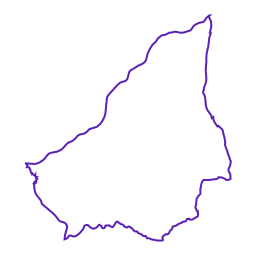 Lunda Sul, Equal Earth projection
{"feature_id": "AGO-1875", "entity_name": "Lunda Sul", "entity_type": "Province", "adm_level": 1, "iso_a3": "AGO", "parent_name": "Angola", "parent_adm1": "", "projection": "equal_earth", "projection_center": [20.634, -9.903], "detail": "fine", "context": "isolated", "style": "outline", "palette": "violet", "viewbox_px": 256, "rotation_deg": 0, "n_neighbors": 0, "source": "natural_earth", "source_scale": "10m", "svg_char_len": 5849}
<svg xmlns="http://www.w3.org/2000/svg" viewBox="0 0 256 256"><path d="M209.6,15.4L209.2,15.7L208.9,16.6L209.6,18.4L210.9,21.2L211.3,24.3L211.1,27.4L209.8,32.9L210.1,33.1L210.4,33.4L210.8,33.4L209.9,35.7L209.3,37.9L208.1,47.7L207.7,48.2L207.3,50.6L206.8,52.3L206.3,58.0L206.4,61.7L205.7,70.0L206.3,77.2L206.3,80.1L205.7,83.1L204.1,87.6L203.7,90.1L203.2,91.6L203.1,92.5L203.3,93.3L204.2,94.7L204.6,95.5L205.2,98.4L205.8,104.7L206.4,107.7L207.7,110.5L211.1,115.2L211.8,118.0L212.2,117.7L213.0,117.3L213.3,117.1L213.4,119.4L214.1,121.4L217.1,126.1L217.6,126.5L218.0,126.4L218.4,125.9L219.0,126.3L219.9,127.3L221.9,129.0L222.6,130.2L223.0,131.7L223.5,134.3L224.6,138.2L225.0,141.2L225.3,142.1L224.9,144.4L225.9,147.7L227.2,150.9L228.1,154.3L229.4,157.2L229.8,159.4L230.6,160.6L230.8,161.5L230.7,162.3L230.4,163.7L230.4,164.4L230.1,165.5L228.9,168.1L228.5,169.6L228.6,171.1L229.2,172.1L229.8,173.0L230.3,174.5L230.5,177.5L230.5,178.9L228.5,179.9L226.9,180.0L226.4,179.9L226.0,179.7L225.7,179.6L224.9,178.8L224.2,178.4L221.4,177.4L220.9,177.3L219.8,177.5L219.4,177.4L219.0,177.2L218.6,177.2L218.4,177.4L218.1,177.9L217.7,178.4L217.5,178.7L216.6,179.0L207.9,180.1L204.6,179.9L203.7,180.0L203.1,180.2L202.8,180.7L202.5,181.3L201.5,183.5L200.9,185.7L200.7,187.9L200.4,188.9L200.3,189.3L200.3,190.2L200.5,192.9L200.5,193.4L200.3,193.9L199.9,194.4L198.4,196.0L197.8,196.8L196.7,198.7L196.6,199.0L196.5,199.4L196.5,200.3L196.5,200.7L196.2,202.2L196.2,204.5L196.1,205.0L196.0,205.3L195.6,205.8L195.4,206.4L195.4,206.6L195.4,207.0L195.6,208.1L195.9,208.7L196.3,209.2L196.5,209.5L196.5,209.9L196.6,210.2L196.7,210.6L196.9,210.8L197.1,211.0L197.7,211.0L197.9,211.1L197.9,211.4L197.8,212.0L197.7,212.4L197.8,212.9L197.9,213.5L198.1,213.8L197.8,216.2L197.3,216.7L197.0,216.8L195.6,217.5L194.9,218.0L192.4,219.5L191.9,219.7L190.5,219.7L189.7,219.5L189.5,219.3L189.2,218.8L188.9,218.6L188.4,219.0L188.1,219.0L187.3,218.9L187.0,219.0L186.8,219.3L186.6,220.0L186.1,220.8L185.9,221.2L182.4,222.0L181.6,222.8L181.2,223.0L179.0,223.7L176.3,225.5L175.0,226.0L173.4,226.3L172.8,226.6L172.5,226.8L172.4,227.0L172.6,227.4L172.6,227.5L171.8,229.2L171.3,229.7L171.0,230.0L170.4,230.4L170.1,230.7L169.9,231.0L169.8,231.3L169.3,232.3L169.1,232.9L168.9,233.2L168.6,233.5L168.1,233.9L167.9,234.1L167.6,234.2L167.3,234.3L166.1,234.2L165.7,234.2L165.1,234.8L164.1,235.4L162.6,236.6L162.5,237.1L162.4,237.5L162.5,237.9L162.9,239.1L162.9,239.7L162.9,240.0L162.7,240.4L160.3,240.6L155.8,240.3L154.9,240.1L154.4,239.8L153.9,239.7L153.1,239.7L152.4,239.6L151.5,239.4L149.4,238.4L148.7,238.2L147.8,238.3L147.4,238.4L146.7,237.9L146.5,237.2L145.9,236.2L145.5,236.0L145.1,236.0L143.9,236.2L143.4,236.0L143.1,235.8L141.5,234.4L141.2,234.2L138.7,233.3L138.2,233.0L137.9,232.8L137.7,232.6L137.5,231.8L137.3,231.6L137.0,231.4L136.7,231.4L136.1,231.5L135.6,231.5L134.3,231.0L134.1,230.8L133.7,230.4L133.3,230.0L133.1,229.8L132.6,229.0L132.4,228.6L132.2,228.5L131.2,227.9L130.6,227.3L130.0,227.0L129.3,226.5L129.0,226.4L128.6,226.5L128.0,226.8L127.4,227.4L127.1,227.5L126.8,227.5L125.8,227.0L125.5,226.9L124.6,226.7L124.4,226.6L124.2,226.3L123.7,225.4L123.5,225.2L123.2,224.9L121.6,224.2L120.7,224.0L120.2,223.7L119.5,223.0L119.3,222.9L118.4,222.5L118.1,222.3L118.0,222.1L117.8,221.8L117.5,221.6L117.1,221.6L116.3,222.1L115.9,222.5L115.7,222.8L115.5,223.1L115.2,223.6L114.7,224.5L114.1,225.2L113.5,226.3L112.7,227.1L111.3,226.8L111.0,226.6L110.5,226.3L109.9,226.0L109.4,225.5L109.1,225.3L108.6,225.3L107.6,225.6L106.0,225.4L105.7,225.5L105.4,225.8L105.2,226.2L105.1,226.5L104.9,227.2L104.7,227.6L104.3,228.0L104.0,228.2L103.7,228.3L103.2,228.2L102.4,228.0L102.1,227.7L101.8,227.3L101.5,226.3L101.3,225.9L100.7,225.5L100.1,225.4L99.5,225.0L99.3,224.8L99.0,224.8L98.5,225.2L96.9,227.2L96.6,227.5L96.3,227.7L94.3,228.5L93.4,228.7L93.0,228.7L92.5,228.6L89.9,227.0L87.7,225.0L86.9,224.9L84.7,225.5L84.1,226.6L83.8,227.3L83.8,227.7L83.7,227.9L83.6,228.1L83.2,229.1L81.5,231.0L81.0,231.7L79.8,233.0L79.2,233.7L78.8,234.0L75.8,236.1L75.4,236.2L74.9,236.3L72.5,236.3L72.2,236.2L71.5,235.7L71.2,235.6L70.8,235.5L70.1,235.5L69.5,235.6L69.3,235.7L69.0,236.0L68.2,236.9L67.9,237.5L67.2,238.2L64.6,239.3L64.7,237.5L65.1,234.7L65.6,233.0L66.0,231.2L67.1,227.7L67.0,226.0L66.3,224.4L65.2,223.1L63.5,222.3L60.6,221.5L59.3,220.8L58.2,219.4L55.6,216.0L53.1,213.4L41.9,203.9L41.4,202.0L40.8,200.5L39.9,199.2L37.0,195.7L36.1,194.3L35.3,192.6L34.8,190.6L34.4,188.8L34.2,184.8L34.1,184.4L33.8,184.2L33.6,183.9L33.7,183.3L34.0,182.8L34.3,183.0L34.6,183.3L35.0,183.3L35.9,182.7L36.0,182.2L35.3,181.3L35.6,181.2L36.1,181.0L36.4,180.9L36.2,180.2L36.3,179.6L36.6,179.2L37.1,178.9L36.8,178.7L36.0,177.9L36.3,177.7L36.5,177.2L36.8,176.9L36.0,176.8L35.5,176.2L35.3,175.5L35.3,174.5L34.6,175.5L33.4,174.7L32.8,174.2L32.4,173.5L32.0,174.0L31.6,173.1L30.7,172.0L30.4,169.8L29.7,168.7L29.4,167.6L28.8,167.6L27.7,167.0L26.9,167.1L27.4,166.0L27.6,165.6L26.2,163.9L25.2,163.3L34.9,164.0L38.8,162.9L43.4,159.9L44.8,158.4L47.2,155.3L48.8,153.7L50.3,153.1L51.6,152.7L56.9,151.7L60.7,150.0L62.1,149.0L63.3,147.8L66.0,144.7L67.7,143.1L68.9,142.4L72.7,140.8L75.4,138.4L77.5,135.9L79.5,134.6L84.6,133.5L86.2,132.3L87.5,131.2L89.3,129.2L96.9,126.8L100.4,123.8L102.7,120.4L104.4,116.9L105.0,114.9L105.4,113.2L106.8,99.0L107.2,97.1L107.7,96.1L108.3,95.3L109.4,93.9L117.6,84.8L119.9,82.9L121.7,82.0L124.6,81.3L126.2,80.4L127.3,79.0L127.8,77.5L128.6,74.2L129.1,72.7L129.6,71.3L130.4,70.5L138.6,65.5L142.3,63.9L144.6,62.2L145.8,60.4L146.5,58.5L147.3,54.9L147.8,53.2L149.6,49.4L152.2,45.1L156.1,41.4L157.7,38.7L159.9,36.7L161.5,35.6L162.5,35.2L164.8,34.9L166.2,34.3L169.1,32.8L170.5,32.6L171.7,32.5L174.7,31.7L177.1,32.0L179.9,32.7L183.5,32.6L190.4,30.4L191.4,29.3L192.2,28.1L192.5,27.5L192.9,26.9L194.1,25.6L195.8,24.4L199.0,22.9L203.3,21.9L204.5,20.8L205.6,19.2L206.5,17.7L209.4,15.4L209.6,15.4Z" fill="none" stroke="#5b21b6" stroke-width="2"/></svg>